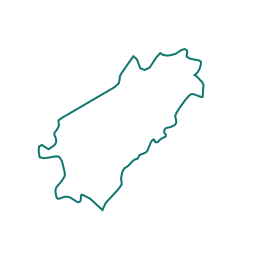 an SVG outline of Novara, rotated 63°
{"feature_id": "ITA-5438", "entity_name": "Novara", "entity_type": "Province", "adm_level": 1, "iso_a3": "ITA", "parent_name": "Italy", "parent_adm1": "", "projection": "orthographic", "projection_center": [8.59, 45.587], "detail": "fine", "context": "isolated", "style": "outline", "palette": "teal", "viewbox_px": 256, "rotation_deg": 63, "n_neighbors": 0, "source": "natural_earth", "source_scale": "10m", "svg_char_len": 1809}
<svg xmlns="http://www.w3.org/2000/svg" viewBox="0 0 256 256"><g transform="rotate(63 128 128)"><path d="M80.4,89.9L83.8,87.0L84.0,81.3L77.9,70.6L75.9,65.3L79.0,63.4L81.3,60.2L82.7,56.3L83.5,51.9L82.8,45.1L83.2,41.9L85.5,40.3L87.1,40.7L90.1,42.9L91.4,43.2L94.5,41.2L99.8,34.2L102.0,32.9L104.5,34.3L107.6,37.1L110.1,40.8L111.1,44.7L112.6,43.6L120.7,41.1L123.9,41.2L134.2,47.4L133.7,48.4L133.0,49.3L128.1,53.7L127.5,54.5L126.9,55.5L126.5,56.6L127.2,59.7L129.0,64.2L134.2,74.3L136.7,78.2L138.7,80.5L143.5,81.8L145.4,82.8L146.1,84.0L146.6,85.7L146.5,88.9L146.2,90.9L145.4,93.6L145.5,95.0L146.1,96.2L147.6,97.5L148.9,97.8L151.3,97.4L152.2,97.7L152.7,98.9L152.6,101.3L152.7,103.2L153.0,105.0L153.9,107.1L154.0,108.5L153.1,110.0L152.0,110.2L150.8,110.1L149.9,110.2L149.8,111.4L150.7,113.6L157.1,121.1L157.6,122.4L157.9,124.0L157.3,130.1L159.6,133.0L159.2,136.4L159.4,138.0L160.1,140.3L161.5,143.9L162.0,146.2L162.2,149.4L163.1,151.0L164.6,153.0L169.6,157.0L174.3,158.7L175.3,159.2L176.7,161.5L178.5,165.2L184.5,181.5L185.2,182.7L189.5,188.0L173.7,193.9L166.6,199.0L166.5,200.2L167.4,200.9L170.3,202.6L171.2,203.3L171.7,204.2L171.8,205.2L171.5,206.2L170.5,207.0L164.0,210.9L162.4,212.4L161.7,213.3L161.1,214.3L160.7,215.5L160.3,216.7L159.8,220.9L159.5,222.0L158.9,222.9L157.7,223.1L155.8,222.8L151.5,221.5L149.7,220.2L148.5,219.0L144.8,210.5L143.7,208.6L142.4,206.7L141.6,205.9L140.7,205.3L138.5,204.5L128.1,202.0L124.3,202.1L123.0,202.4L122.0,202.9L120.9,204.4L119.9,206.8L118.4,212.0L116.6,216.9L113.9,220.0L108.6,218.3L104.2,215.8L104.0,212.4L110.9,208.4L110.0,201.9L109.1,199.6L107.1,197.8L103.8,196.9L101.3,196.9L99.1,195.9L97.0,191.8L94.6,188.5L89.7,186.6L89.0,182.6L85.5,121.3L84.0,116.1L81.3,113.6L78.4,111.9L76.3,109.1L66.5,90.7L70.7,88.9L80.4,89.9Z" fill="none" stroke="#0f766e" stroke-width="2"/></g></svg>